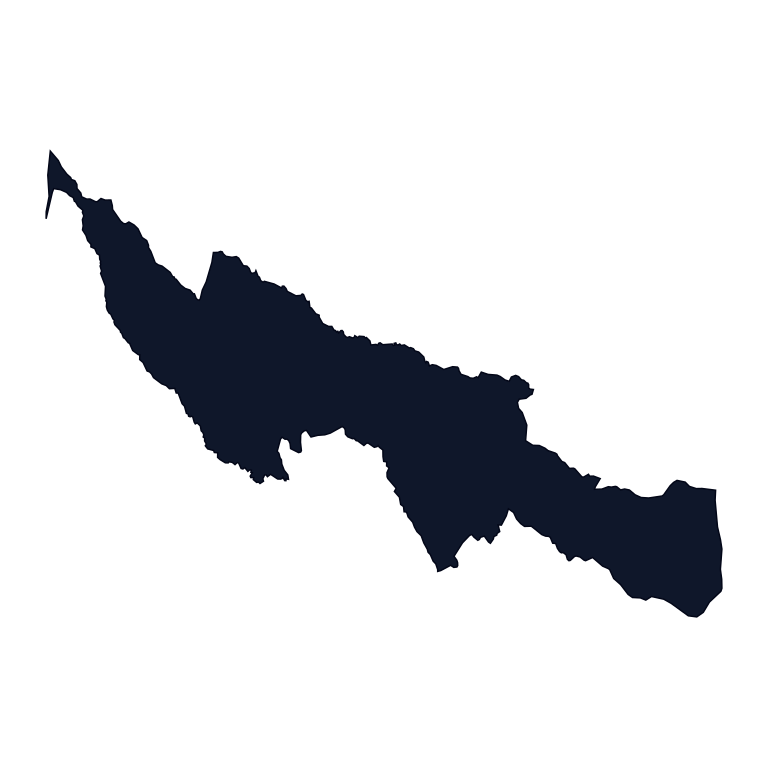 Kigumo, Central, Kenya
{"feature_id": "3690345B17600682902163", "entity_name": "Kigumo", "entity_type": "district", "adm_level": 2, "iso_a3": "KEN", "parent_name": "Kenya", "parent_adm1": "Central", "projection": "equal_earth", "projection_center": [36.915, -0.774], "detail": "fine", "context": "isolated", "style": "filled", "palette": "ink", "viewbox_px": 768, "rotation_deg": 0, "n_neighbors": 0, "source": "geoboundaries", "source_scale": "gbopen_adm2", "svg_char_len": 6090}
<svg xmlns="http://www.w3.org/2000/svg" viewBox="0 0 768 768"><path d="M288.5,479.3L287.8,474.9L284.2,470.3L281.8,464.1L281.4,459.8L280.0,457.7L278.9,453.3L277.2,451.3L280.5,439.1L282.0,437.2L285.0,439.2L287.2,439.2L288.8,440.7L290.1,443.6L290.6,448.6L298.6,452.6L300.7,452.0L301.4,450.6L300.5,442.3L300.7,434.7L301.8,432.8L304.5,430.7L306.5,430.4L311.0,437.0L317.9,435.3L324.8,434.8L330.3,433.1L342.2,426.5L344.5,428.2L345.2,429.9L345.5,434.2L347.8,436.8L352.4,438.7L354.2,438.5L356.2,440.7L357.6,440.8L363.9,445.5L366.5,443.2L368.2,443.1L374.3,447.3L377.0,446.6L378.1,445.5L379.3,447.2L382.9,450.0L383.0,456.7L383.7,461.4L386.7,461.9L386.6,465.9L389.1,467.8L387.0,472.6L387.1,476.8L387.9,478.6L396.2,488.3L394.4,491.5L399.4,497.2L400.7,504.5L403.5,506.5L404.1,511.8L405.8,511.8L407.0,513.2L408.1,516.9L412.7,522.2L414.5,527.1L417.0,531.6L421.2,535.7L423.8,542.9L427.3,549.2L428.1,552.3L430.3,554.5L433.2,561.2L435.8,563.9L437.7,569.6L437.7,571.4L440.7,570.6L450.6,565.3L453.8,567.4L456.9,567.0L457.7,565.6L457.6,562.7L456.8,560.2L454.0,556.3L462.5,542.8L469.7,535.3L471.9,534.5L473.8,537.0L477.8,540.3L479.3,539.5L480.5,537.3L484.3,536.1L488.5,542.0L490.4,543.3L493.3,539.1L493.9,536.5L496.7,535.2L497.1,533.4L499.7,531.6L498.1,524.9L501.4,525.1L506.3,515.8L508.4,508.8L513.6,512.5L516.6,519.0L520.7,523.6L524.5,526.4L531.3,526.2L541.8,534.6L545.5,536.1L548.8,536.4L550.3,537.4L552.7,543.2L555.7,543.5L557.4,548.3L559.6,551.6L561.3,552.8L563.2,552.6L566.1,554.8L567.4,559.3L568.9,560.7L570.3,560.4L574.6,556.4L576.2,556.0L580.1,557.0L584.1,560.2L585.6,560.7L592.6,557.5L602.6,566.1L608.3,568.6L609.7,569.6L613.7,578.5L620.6,584.6L628.1,594.4L632.5,597.5L640.4,597.9L645.8,600.1L651.5,596.5L663.8,599.2L671.1,603.3L688.3,615.8L696.8,616.9L703.3,612.3L709.4,602.1L720.9,591.3L721.9,588.3L721.7,579.2L720.4,569.3L721.9,549.1L720.5,539.9L717.5,527.0L715.1,500.2L715.6,490.2L702.0,488.5L696.3,488.6L689.4,486.4L685.2,482.1L677.0,480.4L673.6,482.4L670.2,485.7L663.7,494.8L662.1,496.0L648.7,498.0L641.1,497.5L635.1,494.8L629.4,490.0L624.6,489.0L620.6,489.9L616.7,486.7L615.3,486.4L611.5,487.1L608.3,486.7L601.9,489.1L594.5,489.3L595.3,486.8L600.2,478.6L593.5,476.1L589.6,476.2L588.5,474.3L583.6,477.1L581.9,476.9L574.8,468.8L573.5,468.2L569.4,468.4L564.7,462.6L561.9,461.5L557.5,455.8L556.9,454.2L555.3,453.1L548.0,450.6L545.0,448.2L539.2,445.5L532.8,445.3L525.6,440.7L526.8,425.1L522.2,412.5L518.6,408.4L517.4,402.3L519.2,399.2L526.0,398.3L530.1,395.0L532.0,394.3L533.4,389.5L529.9,389.1L528.6,387.8L528.7,384.8L527.8,383.1L526.5,382.9L523.8,380.3L521.4,379.8L518.6,376.6L515.7,375.4L511.4,377.0L509.2,381.3L505.1,380.0L500.2,376.5L497.0,375.1L488.1,374.4L481.3,372.1L478.1,377.7L476.6,376.8L473.2,378.3L469.8,377.9L468.0,376.6L461.0,374.3L459.0,370.7L458.5,368.3L457.5,367.1L452.6,366.7L443.8,369.5L436.2,365.4L432.3,364.7L429.4,365.9L428.2,362.2L426.6,361.5L425.9,362.9L424.8,361.2L423.8,357.0L418.7,352.0L414.9,350.9L413.4,348.7L410.6,347.6L409.3,348.0L404.4,344.9L401.2,345.5L399.7,344.0L397.9,345.1L396.4,344.4L395.8,342.9L394.1,343.4L394.7,345.2L393.2,345.5L392.2,344.0L382.8,344.7L380.1,342.8L378.7,343.3L377.6,345.3L376.0,344.4L370.9,345.0L369.9,340.9L366.4,337.5L365.2,338.0L364.1,336.6L359.2,336.2L357.9,337.6L354.8,335.7L354.2,337.3L352.8,338.0L349.4,336.7L347.6,337.5L346.0,336.9L343.7,334.4L343.3,331.9L342.1,330.5L340.9,330.6L338.8,332.9L337.8,331.3L336.6,332.1L335.5,330.6L333.9,330.0L331.8,326.4L328.5,326.4L322.7,323.5L319.1,317.1L319.2,315.2L315.8,313.8L311.4,308.0L309.9,307.4L309.1,301.3L307.7,301.7L305.9,300.4L303.5,294.5L302.2,294.0L300.9,295.4L295.9,295.8L287.3,291.4L286.0,288.5L283.9,286.1L282.3,286.2L281.6,288.0L274.1,284.0L264.3,281.3L263.1,282.3L260.7,280.6L259.4,277.2L258.0,276.2L255.9,270.7L255.1,272.7L251.7,273.4L250.5,272.0L249.2,268.5L246.9,266.1L243.3,265.7L238.7,258.1L236.3,256.6L232.0,257.3L225.9,256.3L223.2,253.8L222.3,251.9L220.6,251.4L217.9,252.4L213.4,252.5L211.9,262.4L206.2,281.9L202.3,290.1L200.3,298.8L199.1,300.3L197.3,299.5L196.2,298.5L194.4,293.8L193.2,293.9L190.1,290.1L185.2,288.5L180.7,285.0L176.2,279.3L174.6,278.7L174.3,277.1L172.6,276.6L170.2,272.4L162.1,266.1L158.3,264.9L155.2,262.8L150.8,251.3L148.5,247.6L148.5,245.2L146.7,240.6L142.1,237.5L138.0,228.8L134.1,225.0L128.9,222.0L125.8,223.8L123.6,223.6L120.6,221.1L112.6,209.5L112.3,205.5L110.9,200.0L105.2,200.1L101.0,198.5L97.1,201.8L95.3,201.6L90.0,199.0L86.7,199.1L81.7,196.8L80.8,193.0L77.0,188.5L76.9,184.5L74.8,180.7L71.4,179.5L70.7,177.6L66.8,174.1L61.3,166.9L58.3,160.5L50.3,151.1L47.8,175.1L49.1,196.4L46.2,211.7L46.1,218.8L52.3,192.4L53.7,188.6L60.5,189.7L66.6,192.4L69.6,195.6L73.2,197.5L74.4,201.3L75.5,201.7L78.0,206.1L82.9,210.3L82.4,212.3L83.8,215.9L82.4,219.7L83.2,225.9L82.5,229.9L86.0,235.4L87.7,240.6L91.0,244.4L90.9,246.9L94.8,248.6L97.0,253.6L99.5,255.2L99.7,259.2L100.7,261.4L100.3,263.0L100.8,264.6L100.1,266.0L101.6,271.1L100.6,273.4L105.5,286.3L105.0,296.1L106.2,299.1L105.9,300.8L106.8,302.3L106.4,306.7L107.3,310.0L109.1,313.1L110.8,314.2L113.0,319.0L114.3,320.0L114.0,322.1L114.9,324.7L120.3,330.5L120.5,332.1L121.8,333.3L123.4,337.6L125.0,338.6L128.3,342.8L129.6,343.3L132.7,350.5L138.4,354.7L139.8,354.8L139.7,359.6L143.1,362.5L147.1,371.0L149.6,371.9L151.6,374.0L153.5,377.6L161.7,383.8L166.3,385.6L169.4,388.7L174.8,388.4L176.2,393.0L178.2,393.1L182.1,403.7L184.5,406.2L186.4,413.3L188.2,414.1L188.6,416.2L190.1,416.8L191.5,416.2L192.8,417.0L194.2,422.1L195.3,423.9L197.2,422.9L200.3,425.9L201.2,430.8L202.8,432.4L203.8,434.8L203.2,437.0L204.7,438.1L204.6,440.9L206.4,444.1L205.3,445.8L207.7,448.9L213.7,450.5L214.3,452.5L217.7,452.8L217.6,457.4L220.1,459.6L225.3,462.8L228.2,462.9L229.2,461.8L232.3,462.4L235.0,464.6L237.3,462.5L238.7,463.1L241.1,468.5L242.9,469.0L244.8,467.6L247.9,471.4L249.5,469.9L251.4,470.2L250.9,472.3L252.3,472.7L250.2,476.1L250.8,477.6L253.7,477.6L253.3,479.6L256.6,482.4L258.6,482.1L260.0,483.5L263.5,481.2L262.8,478.8L264.6,475.0L266.2,474.9L267.4,476.7L270.6,474.3L277.6,479.0L280.5,479.1L282.0,478.6L282.9,477.3L284.7,480.6L285.9,480.7L286.2,478.9L288.5,479.3Z" fill="#0f172a" stroke="#020617" stroke-width="1.5"/></svg>